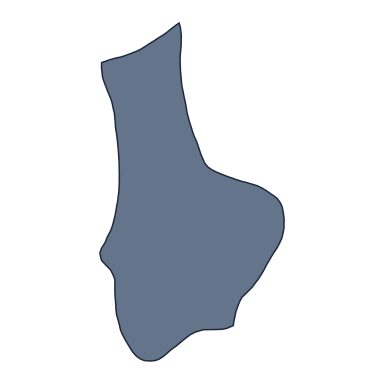 Sayun, Hadramawt, Yemen
{"feature_id": "15242507B12607527739382", "entity_name": "Sayun", "entity_type": "district", "adm_level": 2, "iso_a3": "YEM", "parent_name": "Yemen", "parent_adm1": "Hadramawt", "projection": "mercator", "projection_center": [48.811, 16.015], "detail": "fine", "context": "isolated", "style": "filled", "palette": "slate", "viewbox_px": 384, "rotation_deg": 0, "n_neighbors": 0, "source": "geoboundaries", "source_scale": "gbopen_adm2", "svg_char_len": 3129}
<svg xmlns="http://www.w3.org/2000/svg" viewBox="0 0 384 384"><path d="M101.6,62.6L101.5,67.9L101.6,68.7L102.0,72.3L102.7,77.8L103.4,79.8L104.3,82.4L105.1,84.6L105.9,86.6L106.2,87.3L107.4,90.8L109.3,95.2L111.1,99.3L112.4,104.2L113.2,108.4L113.8,110.7L114.3,112.8L114.8,117.5L114.8,118.1L115.3,122.8L115.4,126.1L115.5,127.6L116.4,132.7L116.8,136.1L117.0,137.8L117.3,139.8L117.7,143.4L118.2,148.9L118.5,152.8L118.6,153.6L118.8,158.1L119.1,162.6L119.2,164.2L119.2,168.6L119.3,172.3L119.3,173.9L119.3,179.7L119.2,184.3L119.0,190.1L118.4,195.1L117.7,200.8L116.5,207.4L115.3,214.5L113.7,220.9L113.6,221.5L112.6,225.1L111.3,229.2L109.3,233.3L107.1,237.4L105.3,242.2L101.4,248.4L99.9,253.1L100.7,257.3L101.0,258.9L101.6,260.3L102.5,261.6L104.0,263.1L104.6,263.7L104.8,263.9L107.7,267.0L110.6,269.9L113.2,275.1L114.8,279.2L114.9,283.5L114.9,288.4L114.9,293.2L115.2,297.7L115.7,303.5L115.9,308.1L115.9,309.1L116.1,310.4L116.6,315.0L117.4,317.6L117.9,319.3L119.4,324.9L120.0,327.8L120.7,330.4L121.2,331.7L122.6,334.8L124.0,337.5L125.4,340.1L128.7,345.6L132.3,351.5L136.1,355.9L138.9,357.9L140.2,358.9L141.9,359.6L144.4,360.6L147.6,360.8L149.6,361.0L155.1,360.6L159.4,359.0L163.3,356.4L163.7,356.1L167.0,353.3L169.7,350.9L171.4,349.5L173.7,347.8L175.8,346.3L178.7,343.9L179.8,343.0L183.1,340.2L186.6,337.5L190.2,334.7L193.2,333.2L194.7,332.3L195.4,332.1L198.8,331.0L203.5,329.7L204.7,329.7L208.4,329.6L211.5,329.6L212.7,329.6L215.5,329.5L217.1,329.5L217.9,329.4L222.0,329.3L226.7,328.4L230.4,326.8L233.3,325.6L233.6,323.0L234.0,320.6L235.0,316.4L235.6,313.0L235.8,311.9L237.0,308.6L237.8,306.2L239.8,301.2L242.0,297.2L245.5,293.9L248.9,290.5L251.3,288.1L252.4,287.0L252.6,286.7L255.4,282.8L258.1,279.4L258.5,278.8L261.7,273.8L264.2,269.5L265.1,267.6L266.3,265.3L268.6,261.4L268.9,260.8L271.8,255.9L274.3,251.9L275.5,250.2L277.0,247.9L279.3,243.7L281.1,239.7L281.6,238.8L282.9,234.0L283.5,230.7L283.9,228.7L284.0,225.6L284.0,223.4L284.1,218.6L283.3,212.8L282.5,208.5L282.2,207.0L280.2,202.7L280.0,202.3L278.8,200.7L277.3,198.6L273.8,195.8L271.8,194.5L269.9,193.2L266.1,190.5L261.7,187.9L259.4,186.8L257.7,185.9L252.5,184.3L248.8,183.2L246.9,182.6L241.8,181.4L236.9,179.8L231.2,177.8L230.1,177.4L226.6,176.2L221.1,174.0L216.5,172.1L214.7,171.2L212.2,170.0L208.0,167.1L206.7,165.5L204.7,163.1L203.2,159.7L202.8,158.7L202.3,157.7L200.9,154.3L199.4,149.9L197.9,145.1L196.9,142.4L196.3,140.8L195.8,139.8L194.2,136.3L192.6,131.9L191.5,128.2L191.2,127.2L190.6,125.4L189.6,122.3L188.7,119.1L188.4,117.7L187.1,112.9L187.0,112.3L186.1,106.6L185.3,102.4L184.0,96.6L183.4,93.0L183.0,91.3L181.9,86.0L181.4,81.3L181.0,76.3L180.5,71.3L180.4,69.6L180.3,66.3L180.2,64.5L180.1,60.8L180.1,58.6L180.2,56.0L180.3,54.2L180.7,50.4L181.1,46.0L181.2,41.3L181.3,37.0L181.3,36.2L181.3,35.9L180.9,31.6L180.3,27.1L179.1,23.0L176.1,25.1L174.0,26.7L171.9,28.3L170.1,29.7L166.7,32.5L162.9,35.2L158.5,37.8L154.7,40.4L149.7,43.5L146.8,45.4L145.3,46.4L140.6,49.3L136.4,51.3L135.4,51.7L134.3,52.1L130.9,53.5L128.2,54.5L126.7,55.1L120.7,57.1L118.5,57.5L115.6,58.1L110.0,59.7L107.7,60.5L105.8,61.2L102.5,62.3L101.6,62.6Z" fill="#64748b" stroke="#1e293b" stroke-width="1.5"/></svg>